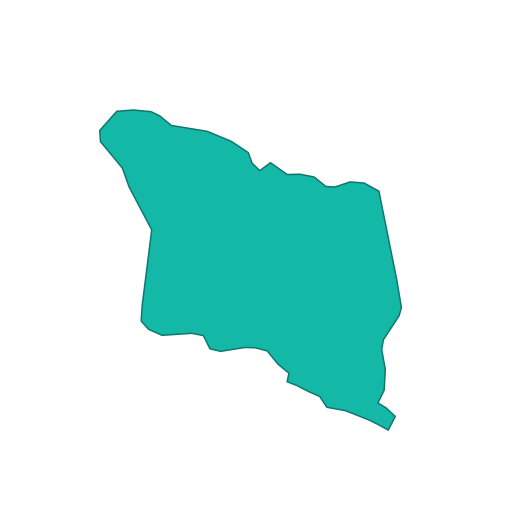 Vertente do Lério, Pernambuco, Brazil, rotated 26°
{"feature_id": "56859067B33631559697819", "entity_name": "Vertente do Lério", "entity_type": "district", "adm_level": 2, "iso_a3": "BRA", "parent_name": "Brazil", "parent_adm1": "Pernambuco", "projection": "mercator", "projection_center": [-35.812, -7.778], "detail": "fine", "context": "isolated", "style": "filled", "palette": "teal", "viewbox_px": 512, "rotation_deg": 26, "n_neighbors": 0, "source": "geoboundaries", "source_scale": "gbopen_adm2", "svg_char_len": 918}
<svg xmlns="http://www.w3.org/2000/svg" viewBox="0 0 512 512"><g transform="rotate(26 256 256)"><path d="M66.1,221.4L82.9,229.0L97.4,235.6L111.6,249.5L129.3,262.5L150.8,278.2L175.3,350.1L181.3,364.8L191.6,369.0L206.2,368.5L221.1,360.0L232.3,353.6L243.6,350.6L255.3,359.6L266.0,357.2L286.1,343.1L295.6,338.8L307.7,336.4L323.2,343.6L336.9,346.9L339.2,355.4L349.1,354.5L362.6,354.8L374.8,354.3L386.0,360.9L404.2,355.8L428.7,353.9L438.0,353.9L451.2,354.5L451.5,339.2L439.5,335.5L430.0,334.6L430.0,320.4L426.0,310.8L421.8,301.0L416.5,293.9L409.9,284.8L407.2,275.4L409.3,259.2L410.8,247.1L409.3,238.6L393.1,215.9L338.1,143.9L321.4,143.0L308.2,148.1L296.5,159.5L288.1,162.9L273.7,159.5L259.7,163.2L248.3,169.1L228.1,165.8L222.0,177.6L211.8,174.3L203.8,166.5L183.5,163.8L157.8,165.3L122.7,175.8L108.1,172.3L98.3,172.3L81.8,178.5L67.4,187.0L60.5,211.7L66.1,221.4Z" fill="#14b8a6" stroke="#0f766e" stroke-width="1.5"/></g></svg>